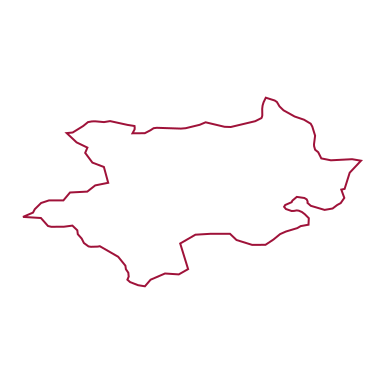 the border of Kuldigas
{"feature_id": "LVA-5709", "entity_name": "Kuldigas", "entity_type": "Municipality", "adm_level": 1, "iso_a3": "LVA", "parent_name": "Latvia", "parent_adm1": "", "projection": "equal_earth", "projection_center": [22.002, 56.933], "detail": "fine", "context": "isolated", "style": "outline", "palette": "rose", "viewbox_px": 384, "rotation_deg": 0, "n_neighbors": 0, "source": "natural_earth", "source_scale": "10m", "svg_char_len": 1653}
<svg xmlns="http://www.w3.org/2000/svg" viewBox="0 0 384 384"><path d="M51.3,226.8L48.0,226.0L40.9,218.0L23.0,216.9L33.0,212.6L34.8,209.2L41.1,203.0L49.0,200.4L63.4,200.4L70.0,192.5L87.3,191.6L95.2,185.4L108.2,182.8L103.9,167.0L92.4,162.6L85.2,152.9L87.4,147.6L76.6,142.4L66.7,133.1L72.7,132.5L83.2,126.0L88.0,122.1L91.9,121.4L95.1,121.3L104.0,122.1L110.1,121.1L127.5,124.9L134.5,126.0L134.7,127.6L134.6,129.4L132.5,133.3L144.8,133.2L150.4,130.3L153.6,128.2L156.8,127.8L180.9,128.6L185.7,128.2L199.7,124.8L205.6,122.3L224.6,126.8L230.8,127.0L255.2,121.2L261.4,118.1L262.0,116.8L262.3,115.3L262.2,108.8L262.4,107.1L262.6,105.5L263.6,102.2L265.8,97.7L274.7,100.5L276.9,102.0L279.5,106.4L283.5,110.3L294.6,116.5L304.0,119.7L310.7,123.7L312.3,126.6L315.1,135.7L314.0,144.3L314.1,146.2L315.1,149.7L318.2,152.2L321.3,158.4L330.9,160.3L352.1,159.2L361.0,160.7L349.7,172.7L344.6,188.9L341.3,189.6L344.3,197.9L340.7,203.1L337.2,205.0L332.6,208.5L324.6,209.9L310.8,205.8L307.5,202.9L307.6,201.4L306.7,199.4L304.4,198.0L296.8,196.9L292.4,200.6L291.6,202.2L285.2,205.0L284.1,206.8L285.9,209.0L291.6,211.0L294.1,210.9L296.7,210.4L298.8,210.7L301.9,212.0L304.8,214.2L308.8,218.2L308.5,224.7L300.7,226.1L297.3,228.1L286.0,231.5L280.1,234.1L273.5,239.5L265.5,244.8L252.2,244.9L236.5,240.0L230.0,233.8L210.5,233.8L195.4,234.7L180.2,243.5L188.1,269.1L178.8,274.4L165.0,273.5L150.6,279.7L144.9,286.3L138.1,285.2L130.1,282.1L127.4,279.7L128.7,276.6L128.3,272.7L125.9,269.2L125.4,265.7L118.2,256.8L99.8,246.2L97.8,246.6L90.9,246.8L88.5,246.4L83.9,243.0L81.7,238.6L77.8,234.2L77.3,230.3L72.4,225.6L64.1,226.7L51.3,226.8Z" fill="none" stroke="#9f1239" stroke-width="2"/></svg>